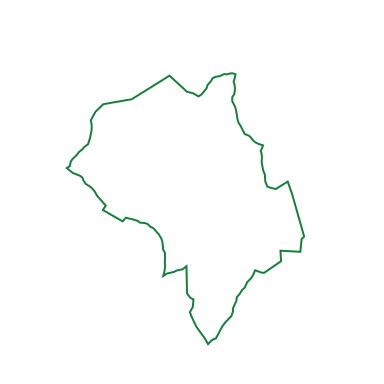 Guairaçá, Paraná, Brazil (Mercator projection), rotated 210°
{"feature_id": "56859067B94709735368229", "entity_name": "Guairaçá", "entity_type": "district", "adm_level": 2, "iso_a3": "BRA", "parent_name": "Brazil", "parent_adm1": "Paraná", "projection": "mercator", "projection_center": [-52.742, -22.92], "detail": "fine", "context": "isolated", "style": "outline", "palette": "green", "viewbox_px": 384, "rotation_deg": 210, "n_neighbors": 0, "source": "geoboundaries", "source_scale": "gbopen_adm2", "svg_char_len": 1868}
<svg xmlns="http://www.w3.org/2000/svg" viewBox="0 0 384 384"><g transform="rotate(210 192 192)"><path d="M213.3,315.7L215.8,315.2L218.1,313.9L220.6,311.3L223.2,310.2L225.8,306.3L229.6,303.2L231.1,300.4L231.0,297.4L232.0,292.5L231.2,288.6L232.7,280.8L234.2,278.0L237.3,278.1L240.7,278.0L246.4,276.3L269.7,281.5L271.6,277.8L290.7,242.0L294.7,238.8L298.4,235.7L312.6,223.8L315.7,213.3L315.5,203.4L312.5,200.1L310.0,195.7L307.3,187.8L305.9,181.4L307.7,177.3L308.5,173.5L309.8,170.4L310.4,166.0L312.0,160.7L312.2,157.6L310.7,153.4L312.4,150.1L309.4,149.6L304.6,148.9L297.0,150.1L294.1,149.6L291.2,147.3L288.0,145.9L281.8,145.6L276.9,144.0L272.1,141.2L259.9,137.1L260.2,131.8L237.4,131.9L236.4,136.6L230.4,138.5L224.4,139.9L222.0,139.4L217.1,141.6L214.4,142.1L210.6,141.1L207.9,141.3L205.6,140.9L203.1,139.8L199.9,138.9L195.1,136.2L193.0,134.3L190.1,130.5L188.4,127.8L185.2,126.0L183.0,122.4L180.2,117.2L178.0,114.1L176.1,109.3L174.9,105.0L172.8,109.0L167.7,113.7L166.2,116.1L161.4,120.5L159.7,125.0L145.6,101.7L140.5,99.5L137.0,99.7L133.8,92.8L133.7,86.9L130.7,84.3L121.0,77.6L107.5,71.5L102.0,68.3L100.9,73.1L99.6,75.3L98.1,77.3L98.3,83.0L98.6,90.9L97.8,96.6L95.9,104.0L96.7,108.9L98.3,111.8L98.7,114.6L99.1,119.9L100.6,123.3L99.7,127.8L99.6,132.1L98.5,135.5L99.1,141.6L97.7,146.9L97.6,151.1L98.2,155.8L91.5,156.9L89.1,158.1L80.3,176.6L86.0,185.4L68.3,194.4L73.5,206.0L72.6,209.5L104.1,240.1L114.3,248.9L120.9,236.5L125.5,235.1L129.4,234.3L133.7,237.7L136.0,241.0L137.6,243.5L141.4,246.5L144.4,250.1L146.7,252.8L148.7,256.9L150.6,259.6L153.1,262.1L153.2,264.8L153.8,267.9L158.3,266.9L161.5,266.7L164.2,267.0L168.5,268.7L171.0,269.2L175.4,268.6L180.4,271.9L182.9,273.5L186.4,275.3L189.0,277.8L195.1,285.3L197.5,287.5L202.5,290.7L204.6,294.4L204.3,297.7L205.8,301.8L208.3,305.7L211.2,308.5L212.2,313.2L213.3,315.7Z" fill="none" stroke="#15803d" stroke-width="2"/></g></svg>